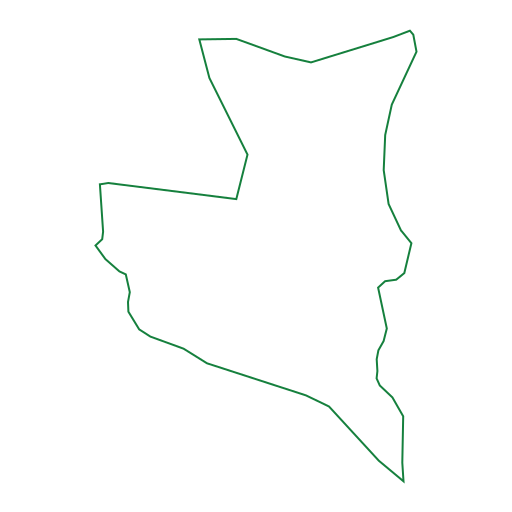 map outline of Ulcinj (Equal Earth projection)
{"feature_id": "MNE-1497", "entity_name": "Ulcinj", "entity_type": "Municipality", "adm_level": 1, "iso_a3": "MNE", "parent_name": "Montenegro", "parent_adm1": "", "projection": "equal_earth", "projection_center": [19.282, 41.979], "detail": "fine", "context": "isolated", "style": "outline", "palette": "green", "viewbox_px": 512, "rotation_deg": 0, "n_neighbors": 0, "source": "natural_earth", "source_scale": "10m", "svg_char_len": 751}
<svg xmlns="http://www.w3.org/2000/svg" viewBox="0 0 512 512"><path d="M409.9,30.7L413.3,34.7L416.5,51.7L391.8,104.6L385.2,135.0L383.7,170.1L388.6,204.0L401.1,230.7L401.5,231.0L411.4,243.2L404.3,273.1L396.2,279.7L385.1,281.2L378.1,287.6L386.8,328.5L383.6,341.1L378.4,350.3L376.7,359.2L377.4,371.1L376.6,378.4L379.8,385.5L392.4,397.4L403.2,416.3L402.3,462.7L403.5,481.3L378.8,460.7L329.0,406.5L306.0,395.4L207.0,363.3L183.6,348.7L150.4,336.6L139.2,329.4L128.4,311.7L128.0,302.0L129.8,292.2L125.8,274.4L119.4,271.4L105.4,259.1L95.5,245.5L102.2,239.2L103.1,231.7L99.9,184.3L100.2,184.3L108.2,183.0L236.3,199.1L247.5,154.6L209.4,78.0L199.3,39.4L236.3,38.9L284.8,56.5L311.0,62.4L393.4,37.0L409.9,30.7Z" fill="none" stroke="#15803d" stroke-width="2"/></svg>